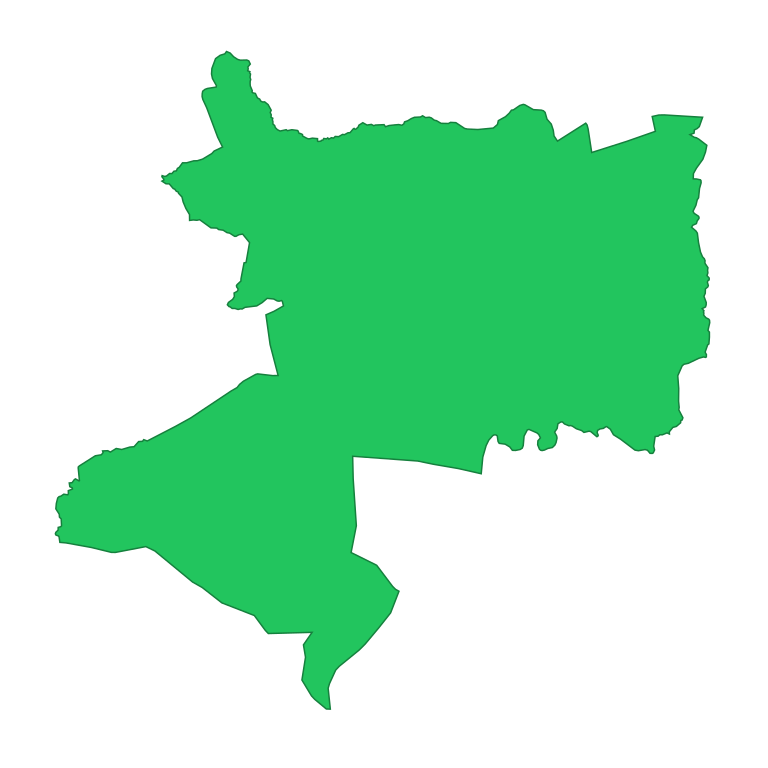 the district of Chu Se, Gia Lai, Vietnam, rotated 92°
{"feature_id": "81297802B12572198720361", "entity_name": "Chu Se", "entity_type": "district", "adm_level": 2, "iso_a3": "VNM", "parent_name": "Vietnam", "parent_adm1": "Gia Lai", "projection": "albers", "projection_center": [108.095, 13.698], "detail": "fine", "context": "isolated", "style": "filled", "palette": "green", "viewbox_px": 768, "rotation_deg": 92, "n_neighbors": 0, "source": "geoboundaries", "source_scale": "gbopen_adm2", "svg_char_len": 6039}
<svg xmlns="http://www.w3.org/2000/svg" viewBox="0 0 768 768"><g transform="rotate(92 384 384)"><path d="M57.2,553.0L59.6,554.6L61.2,559.2L64.7,563.7L74.6,567.0L80.2,567.2L84.7,566.1L91.7,561.9L93.1,562.1L94.8,570.8L95.8,573.2L97.7,575.4L100.2,575.8L103.1,575.8L105.9,575.0L114.2,570.8L143.2,558.8L152.8,553.6L157.1,561.9L159.7,564.1L165.6,573.2L167.4,578.4L167.6,581.9L169.8,588.9L170.0,593.1L174.6,596.2L175.8,598.0L178.2,598.9L178.7,601.4L181.1,603.3L181.1,605.6L183.8,608.7L184.2,610.5L183.5,613.0L184.6,613.2L187.0,611.2L187.9,611.1L189.0,613.0L191.5,608.9L191.5,605.6L196.1,601.4L196.5,600.0L198.6,598.3L199.3,596.4L200.6,596.0L204.2,592.4L209.0,591.1L215.5,588.1L221.4,584.3L227.3,584.0L226.7,580.3L226.9,576.7L226.2,574.0L234.0,562.4L234.0,556.5L235.4,554.7L235.9,550.1L238.2,546.2L238.6,543.5L241.6,538.5L241.6,537.1L239.9,534.3L239.1,530.5L247.4,523.3L267.4,526.1L267.8,528.1L283.9,530.6L286.1,530.6L289.8,534.3L290.9,534.9L292.2,534.6L294.0,533.2L295.5,533.3L296.6,534.1L298.3,537.0L301.9,536.6L304.7,538.2L307.9,542.3L310.3,543.3L312.1,541.5L312.3,540.4L313.8,538.4L313.7,535.6L314.6,532.4L313.9,530.1L314.0,528.4L312.2,525.5L310.4,513.9L306.9,508.6L302.5,503.8L302.9,497.2L304.7,493.6L304.9,491.7L304.2,489.3L304.9,488.5L309.5,487.2L315.2,496.5L319.0,504.4L348.6,499.2L379.2,490.1L379.5,495.5L378.3,510.6L378.9,512.6L386.1,524.6L389.4,528.3L392.7,530.7L396.3,536.5L424.8,576.2L433.8,591.2L449.2,618.6L448.0,622.2L449.7,623.3L450.1,627.2L455.4,631.6L455.9,635.8L458.6,643.8L457.8,649.4L461.6,655.1L460.3,657.7L460.7,662.9L462.3,662.3L464.6,664.0L465.8,670.0L476.5,685.6L477.5,686.6L478.5,686.7L491.2,685.0L491.5,685.4L489.6,689.0L490.3,690.1L493.5,692.3L493.9,695.1L497.6,694.4L498.7,691.9L499.9,691.7L501.6,695.8L504.6,695.6L505.8,696.2L505.3,700.2L507.3,702.9L507.9,704.8L509.3,706.1L514.8,707.3L520.2,707.6L525.5,704.0L528.4,703.7L530.1,701.9L537.0,701.3L537.9,702.1L538.7,704.6L541.4,704.6L543.7,706.8L545.2,707.2L546.4,706.6L547.2,704.1L548.1,703.4L553.6,702.4L553.9,696.3L557.6,670.7L561.8,650.5L561.7,646.6L554.8,616.3L558.9,607.1L588.6,568.4L593.7,558.6L608.4,538.4L619.9,505.5L634.4,494.0L637.4,490.9L634.7,447.2L647.5,455.4L659.8,452.9L682.7,455.7L698.2,445.6L701.5,442.3L710.8,430.3L710.8,426.3L690.0,429.2L685.3,428.0L671.6,422.3L667.6,418.8L650.7,399.5L644.5,393.7L628.1,380.9L612.5,369.4L590.6,361.8L588.8,365.3L585.9,368.4L565.4,385.0L553.6,411.0L526.6,406.7L479.7,411.5L457.3,412.8L459.8,347.6L462.5,331.7L465.9,306.8L470.3,283.7L453.6,282.7L442.0,279.8L436.4,277.3L431.9,273.6L431.0,272.2L431.0,270.3L431.9,269.0L437.5,268.0L439.3,266.8L439.9,260.8L442.5,256.1L445.8,253.4L445.8,250.2L444.7,245.6L443.3,243.6L440.7,242.7L431.2,242.2L424.9,239.2L424.3,237.5L427.5,229.5L429.0,227.6L432.4,225.8L435.4,228.2L439.4,228.3L443.7,226.4L444.7,225.2L445.0,223.7L444.4,221.3L442.7,218.0L441.6,213.5L439.1,211.1L436.5,210.0L432.0,209.2L430.0,209.6L426.1,211.8L422.4,209.4L417.7,208.8L415.8,206.0L415.7,204.3L417.6,202.3L419.3,197.7L419.0,196.1L419.5,194.3L422.0,190.2L423.6,184.9L425.4,182.5L424.0,177.4L424.4,175.6L429.2,169.5L428.9,168.6L427.7,168.1L425.2,169.3L422.9,168.9L421.4,166.6L420.7,163.2L419.0,160.9L418.8,159.9L421.3,156.2L426.7,152.9L430.8,145.8L441.3,130.9L441.8,127.4L440.4,120.8L441.0,118.4L444.0,115.7L444.0,113.4L443.4,112.5L440.5,111.3L436.8,112.3L427.0,111.2L426.6,108.2L425.1,106.6L425.0,103.9L423.0,99.5L424.0,97.0L421.8,97.2L417.3,93.8L416.2,90.3L412.4,86.2L410.1,86.1L409.6,84.8L407.3,84.1L399.5,88.5L397.1,88.2L391.0,89.0L378.2,89.3L365.5,90.7L355.5,86.7L353.8,84.9L352.7,80.6L347.3,70.3L345.8,65.5L346.2,63.6L345.7,62.8L343.3,62.8L341.4,64.0L340.3,64.0L333.6,61.9L332.6,60.7L325.7,60.4L320.8,60.6L319.1,62.1L311.4,60.6L308.9,60.9L307.8,61.8L306.6,64.5L304.1,66.9L301.8,66.8L301.0,67.3L299.6,66.8L297.6,68.7L295.8,65.4L293.7,64.8L291.3,64.8L285.2,67.3L282.1,66.1L277.7,66.1L275.7,63.8L274.3,63.3L270.9,64.4L269.3,63.8L268.6,62.7L266.8,62.7L264.4,65.0L261.7,64.2L259.0,64.6L256.5,64.3L252.5,67.2L251.2,67.6L249.7,67.4L247.7,68.2L245.8,70.1L241.1,72.3L231.7,74.6L222.3,76.1L220.2,77.6L216.6,82.1L214.6,81.0L212.8,77.4L210.1,76.7L207.6,75.0L206.3,75.0L205.3,75.6L202.6,80.0L200.6,81.2L194.5,78.5L189.0,77.4L186.9,76.1L177.6,75.5L171.9,74.1L169.7,74.3L168.9,74.9L168.2,78.9L168.2,82.1L162.9,82.1L157.4,79.3L148.3,73.2L141.0,70.8L134.2,69.7L128.4,77.8L127.0,80.4L126.6,82.6L124.1,86.9L122.5,82.9L119.2,82.7L117.9,80.1L115.8,77.9L106.3,74.9L105.3,113.4L105.6,118.7L107.3,125.3L122.0,121.6L133.0,149.8L145.4,184.5L122.0,188.9L118.0,190.1L116.3,191.5L135.2,219.1L130.2,222.7L124.4,223.7L118.4,225.9L113.7,230.3L106.9,232.5L105.4,234.2L104.8,236.4L104.6,244.3L100.0,253.0L99.7,254.6L100.9,258.0L105.5,264.2L105.9,266.2L109.0,268.3L112.6,271.9L116.8,278.9L120.7,279.7L124.4,283.7L126.4,299.1L126.3,309.5L125.8,312.3L120.3,321.3L120.2,326.6L121.4,328.7L121.5,336.1L119.0,340.7L118.6,342.9L116.4,346.0L115.8,348.1L116.3,351.8L114.6,354.8L115.9,356.9L116.4,362.9L117.8,366.0L120.1,369.5L121.3,372.6L123.4,373.3L124.8,375.2L124.2,378.3L124.7,382.4L125.5,387.9L126.8,391.5L124.8,393.0L125.5,401.6L126.2,403.2L125.0,405.7L125.8,410.0L123.6,414.3L126.2,418.1L128.3,418.9L130.4,421.2L130.5,421.8L129.6,422.8L130.2,423.7L134.0,426.7L134.2,428.8L136.2,432.2L136.0,434.1L138.4,438.0L138.3,441.4L140.0,443.0L139.7,445.2L141.2,447.7L140.0,448.8L141.0,450.1L140.7,452.7L142.4,453.6L142.7,455.1L143.5,455.5L143.9,458.4L143.6,458.9L141.1,459.0L140.8,464.2L141.7,467.7L141.2,469.6L139.0,474.0L137.5,474.2L136.6,476.2L136.5,477.6L134.0,478.8L133.6,479.5L133.1,485.0L134.2,489.4L133.3,490.6L134.8,496.7L133.5,499.5L131.5,501.6L129.5,502.3L128.0,504.1L125.4,504.2L124.0,504.8L122.3,504.4L121.4,506.2L118.8,506.1L116.7,507.2L114.3,506.3L108.8,509.6L106.2,513.1L106.4,515.2L105.6,517.0L103.6,518.2L102.5,520.5L98.1,522.7L97.6,525.2L96.8,526.1L95.4,525.9L90.9,528.0L88.5,528.3L86.0,528.3L84.5,527.8L82.1,528.6L78.9,528.2L77.8,529.2L76.5,528.9L75.7,531.2L73.8,530.7L71.9,531.1L68.9,528.8L65.8,530.4L65.0,532.4L65.4,538.8L64.7,541.6L62.2,545.7L58.6,549.3L57.2,553.0Z" fill="#22c55e" stroke="#15803d" stroke-width="1.5"/></g></svg>